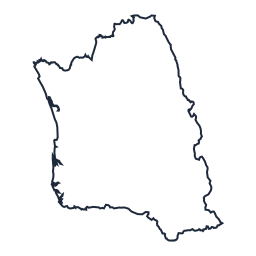 outline of Antsalova, Melaky, Madagascar
{"feature_id": "10022922B48021466276127", "entity_name": "Antsalova", "entity_type": "district", "adm_level": 2, "iso_a3": "MDG", "parent_name": "Madagascar", "parent_adm1": "Melaky", "projection": "natural_earth1", "projection_center": [44.617, -18.816], "detail": "fine", "context": "isolated", "style": "outline", "palette": "slate", "viewbox_px": 256, "rotation_deg": 0, "n_neighbors": 0, "source": "geoboundaries", "source_scale": "gbopen_adm2", "svg_char_len": 5687}
<svg xmlns="http://www.w3.org/2000/svg" viewBox="0 0 256 256"><path d="M161.4,26.1L158.8,23.6L158.1,22.0L155.5,21.2L154.2,18.0L154.9,15.8L151.5,15.5L149.9,16.7L145.8,18.5L140.0,17.3L137.9,15.4L133.8,15.5L131.8,16.1L132.8,17.0L133.6,17.1L133.9,17.5L133.3,19.0L133.7,20.3L133.6,21.0L133.0,22.6L132.4,23.2L131.7,22.9L130.0,20.5L128.7,19.7L128.2,20.0L127.8,22.0L126.7,22.7L124.4,23.0L123.2,20.6L122.4,20.2L121.9,20.4L121.1,22.4L119.7,24.1L116.3,24.2L115.0,23.7L114.5,23.8L114.1,26.8L114.7,28.7L114.7,29.4L114.1,30.8L113.2,31.6L112.7,34.2L113.4,35.7L113.3,36.1L112.5,36.2L111.9,35.7L111.4,36.1L110.5,36.1L110.1,37.0L107.0,36.9L105.6,37.5L105.1,36.7L104.5,37.3L102.4,37.6L102.5,36.5L101.6,36.2L100.7,35.1L100.0,35.0L100.3,35.6L100.1,36.1L99.5,35.7L98.7,36.2L98.5,37.2L98.2,37.3L97.7,36.7L96.3,37.7L95.5,38.8L96.2,41.3L96.2,43.1L93.3,52.9L92.4,55.1L91.7,59.9L88.8,57.2L88.1,56.1L87.4,57.0L86.5,56.8L85.4,54.9L84.9,56.3L82.8,57.7L80.8,57.5L79.5,57.8L77.3,56.7L75.6,57.3L74.1,58.2L71.6,62.1L71.1,63.9L71.2,64.7L70.7,64.9L70.7,65.4L70.4,65.6L69.9,68.0L68.9,69.6L67.8,70.2L65.1,70.6L63.4,70.2L62.8,69.7L62.3,68.2L59.9,68.0L59.3,66.4L58.3,65.7L58.2,65.1L57.6,65.0L57.1,64.1L56.1,63.9L55.2,62.5L54.4,62.2L52.2,62.6L51.9,62.3L50.9,62.4L50.5,62.9L50.5,63.5L49.3,64.3L48.4,62.8L46.4,62.3L46.1,61.3L44.6,60.3L44.1,60.1L43.8,60.8L43.2,60.5L43.0,61.1L41.9,60.7L41.5,60.2L41.1,60.5L40.9,59.0L40.6,59.4L40.8,60.7L40.3,60.8L40.4,59.9L39.9,60.7L39.6,60.0L39.3,60.0L39.2,60.9L39.6,60.8L39.7,61.2L38.6,62.1L37.7,61.5L37.7,62.5L37.0,62.4L35.8,64.3L34.9,63.8L34.8,63.5L35.2,62.9L34.1,62.2L33.7,62.3L33.9,63.0L35.5,65.0L35.2,65.7L34.3,66.3L34.4,66.7L38.6,73.7L39.6,76.3L38.1,78.5L42.8,86.8L45.8,93.7L47.0,98.4L47.7,99.1L49.1,98.2L49.0,97.1L49.8,97.3L50.7,99.6L51.9,101.6L52.0,103.0L53.2,105.0L54.3,105.6L56.8,105.6L58.2,107.0L59.1,109.6L58.7,110.7L58.0,110.6L58.6,110.0L58.4,108.4L57.2,106.6L56.3,106.1L53.0,106.2L51.7,104.8L50.3,100.9L49.0,99.5L48.6,99.8L48.6,100.7L49.6,104.0L51.5,108.5L54.9,119.4L56.4,122.5L57.3,127.1L57.7,137.3L56.9,139.7L56.0,140.0L54.8,139.8L54.2,140.5L54.9,145.9L56.3,146.8L55.1,147.1L54.7,147.8L54.4,152.4L55.0,157.9L55.6,159.2L56.8,160.0L59.0,160.8L60.1,162.7L61.2,164.0L60.1,163.7L58.5,161.5L55.4,161.2L56.5,162.6L57.0,164.1L56.5,163.7L56.2,162.9L54.9,161.9L55.6,164.6L54.8,166.4L54.9,164.1L53.7,161.8L54.0,159.5L53.4,156.5L52.8,155.4L52.7,158.9L53.4,167.2L53.0,171.6L53.5,174.4L53.2,178.2L52.1,181.7L52.5,183.5L52.9,184.0L53.2,183.8L53.1,182.5L53.9,182.9L53.9,183.5L54.3,183.7L56.2,183.4L57.5,182.6L58.0,182.5L58.6,182.9L57.3,183.2L57.0,183.8L57.1,184.4L55.6,185.7L53.7,185.6L51.9,183.9L51.7,184.2L54.4,190.3L55.6,189.9L56.7,190.0L57.9,190.8L58.3,191.2L58.1,191.6L59.1,192.6L58.3,192.5L56.6,190.6L55.8,190.8L55.7,191.5L55.9,192.8L57.9,196.4L59.3,200.0L59.4,201.1L58.8,201.7L59.0,202.1L60.3,202.2L60.6,201.9L60.6,201.3L60.0,199.9L60.0,197.8L60.9,196.6L61.8,196.0L62.1,194.9L62.7,194.4L62.4,196.0L61.0,197.1L60.7,198.3L61.1,199.0L62.0,199.2L61.1,200.3L61.0,201.1L61.9,202.9L60.3,203.6L62.3,205.9L63.4,206.7L64.5,206.9L67.0,206.0L68.3,207.8L70.1,208.5L73.2,208.0L74.2,207.2L74.4,206.3L75.0,206.7L74.9,207.7L75.3,207.9L75.3,207.5L78.2,207.1L79.6,208.2L80.8,208.6L81.4,209.5L82.3,209.0L83.6,209.5L85.2,209.3L86.2,209.7L86.2,209.2L85.7,209.0L85.6,208.3L86.4,207.9L86.9,206.9L87.4,206.8L88.7,207.7L93.2,206.9L98.8,207.4L100.1,208.4L102.3,207.9L103.9,208.4L105.9,204.8L108.1,205.1L109.4,205.9L110.1,207.4L112.5,207.3L114.1,208.4L119.3,207.5L120.4,207.7L124.6,207.5L126.2,208.0L128.5,208.7L131.2,211.3L132.1,211.8L137.8,214.1L142.3,214.3L145.7,212.0L148.4,212.2L148.6,212.3L148.4,214.4L147.9,214.6L147.1,216.3L148.3,217.6L151.6,219.9L153.4,218.3L154.4,219.6L156.8,220.7L157.3,221.8L157.0,223.1L157.3,225.5L158.5,226.5L159.9,229.1L160.8,229.6L162.5,233.5L164.1,233.4L165.1,234.1L164.8,235.2L165.8,238.4L166.7,238.5L167.1,239.2L168.3,240.2L169.3,240.5L172.2,240.6L172.9,240.3L173.4,240.6L174.8,240.5L175.3,239.9L176.3,239.8L177.3,238.5L177.6,237.8L177.5,236.1L178.6,233.1L182.0,233.4L182.7,233.2L183.5,231.4L184.3,230.8L188.6,230.2L190.2,230.3L192.4,229.1L194.0,230.4L195.1,230.8L197.7,230.2L198.8,229.7L199.2,229.2L200.1,229.7L200.4,230.4L202.4,230.3L203.0,231.0L203.4,230.6L203.5,229.4L206.0,228.9L206.6,226.3L207.9,226.5L208.7,228.8L210.6,228.5L211.7,227.0L212.1,226.9L213.5,227.5L213.8,228.0L216.4,227.6L217.2,226.5L217.5,225.5L219.2,225.2L219.6,224.6L220.5,224.4L222.3,223.2L220.5,222.2L218.8,219.2L216.3,216.6L214.5,212.5L213.7,211.5L212.0,211.7L210.8,212.6L208.7,210.1L205.5,209.7L205.3,207.4L205.9,206.0L206.1,204.7L205.0,203.2L203.9,200.7L204.1,199.6L203.8,197.6L205.0,196.1L208.4,194.4L210.9,190.4L211.3,188.5L211.3,186.8L209.6,183.2L210.4,180.9L207.7,177.3L207.0,172.1L207.6,169.0L207.5,167.3L206.2,165.3L205.0,161.6L202.9,157.9L201.8,156.6L200.3,157.1L199.4,158.3L199.1,159.7L195.8,158.7L194.7,155.9L194.9,153.8L193.9,149.0L194.6,145.1L195.8,145.1L197.5,143.8L198.7,143.5L199.0,141.8L198.6,140.4L200.6,138.9L200.9,137.8L201.9,136.4L200.9,133.7L201.0,131.2L200.5,128.3L199.3,125.5L197.1,122.8L195.5,119.7L196.1,117.7L196.0,116.3L194.0,114.0L193.0,116.1L192.1,116.7L191.2,116.6L188.4,111.0L188.6,109.7L189.4,109.4L189.7,110.4L191.4,108.4L192.4,105.9L193.8,104.2L193.6,102.5L193.0,101.8L191.0,101.4L191.0,102.1L190.7,102.3L189.7,101.4L189.0,100.1L187.7,100.0L187.3,98.6L186.5,98.0L186.0,96.5L184.7,96.2L183.4,94.5L183.1,93.2L183.2,89.9L182.2,88.7L180.8,88.4L180.0,81.9L180.4,79.9L180.2,79.1L180.4,78.2L180.1,77.3L178.9,76.5L178.6,75.6L178.5,69.8L177.5,66.0L177.6,65.1L176.3,61.1L176.3,60.5L175.6,60.0L175.2,59.2L175.4,57.6L171.1,49.4L170.6,45.8L170.8,44.8L169.8,43.8L168.4,41.7L165.5,35.7L164.0,34.2L162.8,29.5L161.6,28.0L161.4,26.1Z" fill="none" stroke="#1e293b" stroke-width="2"/></svg>